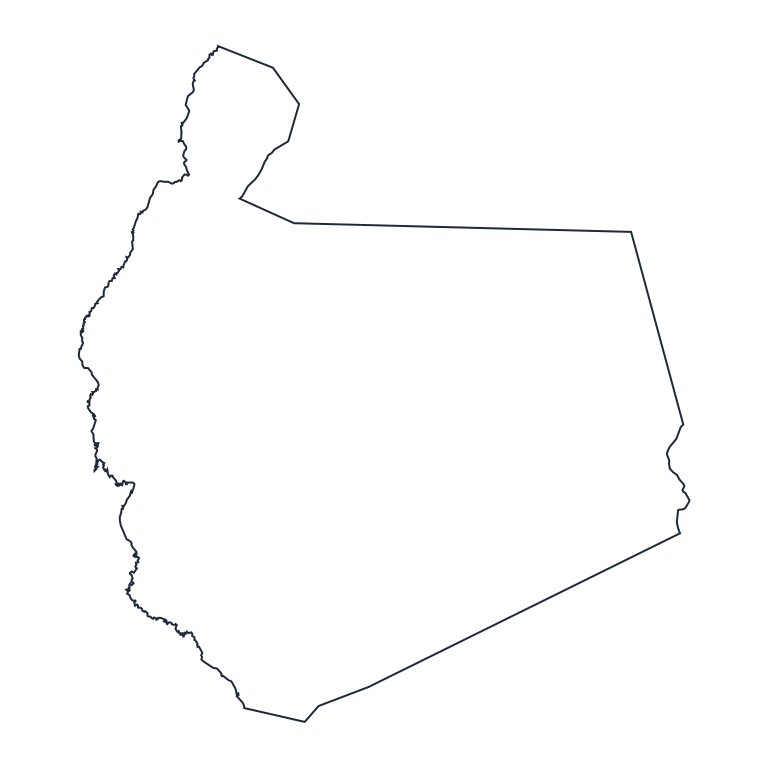 Moroni-Bambao, Andjazîdja, Comoros
{"feature_id": "10938185B83767222062315", "entity_name": "Moroni-Bambao", "entity_type": "district", "adm_level": 2, "iso_a3": "COM", "parent_name": "Comoros", "parent_adm1": "Andjazîdja", "projection": "natural_earth1", "projection_center": [43.253, -11.742], "detail": "fine", "context": "isolated", "style": "outline", "palette": "slate", "viewbox_px": 768, "rotation_deg": 0, "n_neighbors": 0, "source": "geoboundaries", "source_scale": "gbopen_adm2", "svg_char_len": 5969}
<svg xmlns="http://www.w3.org/2000/svg" viewBox="0 0 768 768"><path d="M680.0,533.3L678.2,528.5L676.8,522.3L678.1,510.2L678.9,509.7L682.0,509.5L684.0,508.9L685.4,507.9L689.3,501.4L689.3,499.9L685.3,492.9L683.0,491.5L682.5,490.1L684.4,486.2L683.5,484.0L679.5,479.6L677.1,475.1L672.9,472.0L669.8,468.7L669.0,463.7L669.3,460.7L666.9,454.2L667.3,452.0L669.6,447.0L676.4,438.8L680.5,427.7L681.6,426.1L683.3,424.6L631.1,231.9L294.0,223.2L239.6,198.6L242.2,196.4L247.8,186.4L255.3,179.1L258.6,174.7L261.9,168.8L264.8,161.6L267.2,158.2L267.6,156.2L268.5,155.1L271.7,153.0L274.5,149.5L287.8,141.6L288.5,140.5L299.1,104.1L272.9,67.7L218.0,46.1L218.1,47.3L217.4,47.8L216.7,49.6L217.0,50.5L213.5,51.4L212.8,54.8L211.7,54.8L211.4,53.7L210.7,53.6L209.5,54.8L209.4,57.7L208.2,58.7L208.1,60.1L203.8,62.8L202.1,66.0L199.8,67.2L194.2,73.9L194.2,76.5L193.5,77.6L193.5,78.5L194.8,80.6L193.5,81.2L192.7,84.1L193.9,89.9L192.8,92.2L188.2,95.9L187.4,97.8L185.7,105.0L189.2,110.6L189.0,111.8L186.8,118.1L183.2,122.8L181.7,122.8L181.8,124.0L182.4,124.3L182.3,125.7L181.0,126.2L181.3,131.4L181.7,132.3L181.3,133.5L181.2,138.7L178.6,140.5L178.7,141.6L179.8,140.9L182.7,141.0L184.2,144.0L186.2,146.7L186.1,149.4L184.6,150.6L183.2,155.3L183.5,156.8L186.5,160.0L185.9,161.1L184.4,161.8L184.0,163.4L184.6,165.1L186.1,166.9L186.7,169.7L189.0,174.6L188.4,175.5L187.7,175.6L187.3,174.8L184.5,174.5L182.2,177.4L181.8,180.4L180.8,181.2L179.9,180.3L178.7,180.5L176.8,181.9L174.9,181.9L173.8,183.3L171.8,183.6L168.0,181.7L164.8,181.9L160.4,181.1L158.5,181.6L157.5,182.9L155.8,186.7L153.5,189.8L152.8,194.0L150.0,198.0L147.4,207.3L145.5,209.7L143.1,210.8L142.5,212.4L140.7,211.7L140.6,213.7L140.0,214.1L138.3,213.8L137.6,217.7L135.8,221.4L133.7,228.2L132.7,229.5L133.5,230.7L131.8,232.1L132.0,232.7L133.3,232.9L132.8,234.0L133.3,236.7L133.2,240.4L132.1,241.5L132.8,249.0L130.2,252.8L130.1,254.8L128.1,257.5L126.5,257.0L127.1,259.2L126.9,260.2L126.1,261.3L125.2,261.3L123.4,265.7L123.3,267.3L121.5,267.0L120.5,269.1L118.3,269.0L119.1,270.6L118.8,271.2L117.7,272.7L116.6,273.0L116.3,274.4L114.9,273.6L113.7,275.5L114.7,278.1L112.6,278.1L111.8,280.9L109.5,281.1L108.6,282.6L108.2,286.2L107.7,286.7L104.9,287.6L103.8,291.4L103.6,296.4L101.4,297.1L99.9,298.4L96.8,302.2L97.6,303.2L95.3,303.8L95.0,305.6L93.5,308.2L91.8,308.1L91.1,311.1L90.6,311.7L89.5,312.0L89.6,315.8L88.5,316.3L88.4,315.3L86.6,315.8L86.4,316.8L85.1,317.5L85.1,319.1L84.1,319.5L84.0,321.5L84.9,322.2L83.5,323.7L83.8,325.1L83.0,325.7L83.2,328.5L82.1,329.0L82.1,329.9L83.2,330.4L83.2,331.4L82.1,332.2L80.8,331.4L80.8,335.4L82.3,337.7L82.1,341.4L83.0,342.5L83.0,343.4L81.4,346.5L80.9,348.9L79.6,348.9L78.7,355.3L79.7,358.7L82.2,361.5L82.5,365.4L84.3,368.0L88.1,368.1L91.7,372.5L91.8,374.6L96.8,380.7L98.0,382.5L98.7,385.2L97.6,387.4L97.7,389.6L96.1,389.2L96.1,390.9L95.4,390.9L94.2,392.0L92.4,392.0L93.0,393.8L92.3,394.9L90.9,394.2L90.2,395.9L90.3,397.0L90.8,397.7L89.5,399.4L89.5,401.2L87.8,401.1L87.6,402.0L89.4,402.5L89.4,405.5L88.3,405.6L87.8,406.3L87.9,407.8L91.0,412.4L93.5,413.8L92.8,415.6L93.2,416.4L94.6,415.4L95.1,416.2L93.7,417.5L94.4,419.3L95.6,419.7L95.8,420.3L93.1,428.7L91.6,430.6L91.6,431.5L93.4,434.2L93.8,441.5L95.2,443.3L98.4,443.2L98.0,444.3L94.7,444.9L94.9,445.5L97.7,445.6L97.9,446.4L96.4,447.8L95.3,448.2L97.0,449.6L97.0,451.1L95.4,454.7L95.4,456.3L96.8,458.7L96.8,459.7L96.4,460.2L96.4,463.0L95.0,467.1L95.6,468.5L95.5,469.2L94.4,470.1L94.5,470.9L96.4,468.9L96.4,467.7L97.6,466.8L96.4,466.5L96.4,465.6L97.4,464.2L97.1,463.1L97.8,461.6L99.4,459.7L100.3,459.9L102.2,461.9L104.2,463.0L103.0,464.3L103.1,464.8L103.8,465.0L103.8,466.1L103.0,467.4L104.2,469.7L105.1,469.4L105.4,469.7L105.3,471.2L106.7,471.5L107.3,469.9L108.0,474.3L109.7,477.2L111.1,475.5L112.6,475.7L112.6,476.8L116.2,480.9L116.6,482.9L115.6,484.2L116.3,485.2L117.7,485.9L117.8,484.4L118.7,483.6L119.5,485.1L120.7,483.6L121.5,484.0L121.4,485.0L122.2,485.2L123.1,481.2L123.9,480.8L125.6,482.5L126.1,484.2L126.8,484.3L127.1,482.5L132.9,482.6L134.3,483.7L134.4,484.8L133.2,489.3L130.9,491.2L130.9,491.6L132.3,491.7L132.0,492.9L130.5,493.1L129.9,495.6L126.9,499.7L125.8,503.2L123.7,506.2L122.5,506.0L123.2,507.7L123.0,508.8L121.7,508.8L121.2,512.7L119.9,516.7L119.8,520.3L120.8,525.6L126.6,539.1L127.2,539.8L128.2,539.9L131.2,542.2L131.6,543.6L131.4,544.9L132.9,547.7L136.4,551.8L136.6,553.6L135.4,553.4L135.1,554.8L134.1,554.5L133.5,555.8L134.9,556.9L135.9,555.6L136.8,556.3L137.0,557.1L137.9,557.1L139.1,558.2L137.7,560.4L138.3,562.2L136.0,562.5L135.8,563.3L136.5,564.6L135.3,566.5L135.8,567.7L136.9,568.3L133.9,572.8L131.8,571.4L129.9,572.9L130.0,573.8L131.5,574.9L132.7,578.6L131.5,580.0L131.6,581.8L133.1,582.4L133.6,583.4L131.5,585.2L130.2,583.5L129.3,584.8L129.6,590.6L128.8,591.0L128.5,590.5L128.4,588.4L127.6,589.8L126.4,589.8L127.7,591.2L127.8,592.8L127.1,593.6L129.9,595.5L130.2,597.6L132.0,600.0L133.7,600.8L135.3,600.5L135.6,601.2L134.3,602.4L135.0,605.7L136.9,604.5L138.0,605.6L138.0,607.5L140.9,607.9L142.2,609.2L142.3,610.6L144.2,611.8L145.1,611.1L147.5,613.1L147.5,615.8L148.3,616.5L150.4,616.6L151.5,618.0L153.1,618.8L153.9,617.5L156.4,618.5L156.4,619.6L157.8,619.1L158.2,617.9L160.9,617.9L165.0,619.5L163.9,621.2L164.9,621.8L166.0,620.2L166.4,620.5L166.7,623.7L167.4,624.1L168.3,622.7L170.2,622.3L171.7,623.3L171.8,624.2L173.7,624.8L175.3,624.8L175.7,624.1L176.8,625.2L175.7,627.5L175.6,629.0L176.7,630.9L177.3,631.7L178.8,631.1L178.9,632.8L180.0,633.0L180.4,634.8L181.8,634.7L182.6,632.3L183.2,636.5L183.8,636.4L184.9,632.9L185.9,633.6L186.8,631.6L188.3,633.1L191.4,632.4L192.3,633.8L192.2,635.9L194.5,637.3L194.4,639.9L195.4,640.3L197.4,643.4L197.2,645.1L197.5,645.2L197.6,646.9L199.0,646.7L202.3,652.8L201.2,655.2L202.0,657.2L201.4,659.6L204.1,661.9L213.2,667.9L217.0,668.5L221.5,673.6L221.3,675.1L221.9,676.2L222.9,675.8L228.9,680.4L231.4,681.4L235.5,688.6L236.7,694.0L238.3,693.4L238.5,695.1L236.8,696.2L242.5,702.5L243.9,705.3L244.3,708.1L304.7,721.9L318.6,706.0L368.5,687.0L680.0,533.3Z" fill="none" stroke="#1e293b" stroke-width="2"/></svg>